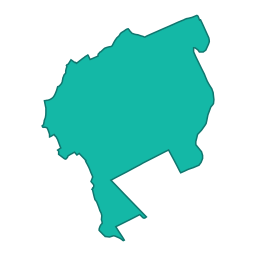 Cernica, Ilfov, Romania
{"feature_id": "2599482B48526584820869", "entity_name": "Cernica", "entity_type": "district", "adm_level": 2, "iso_a3": "ROU", "parent_name": "Romania", "parent_adm1": "Ilfov", "projection": "orthographic", "projection_center": [26.324, 44.406], "detail": "fine", "context": "isolated", "style": "filled", "palette": "teal", "viewbox_px": 256, "rotation_deg": 0, "n_neighbors": 0, "source": "geoboundaries", "source_scale": "gbopen_adm2", "svg_char_len": 3942}
<svg xmlns="http://www.w3.org/2000/svg" viewBox="0 0 256 256"><path d="M212.9,104.5L213.5,103.5L213.9,99.7L213.1,92.5L212.2,90.0L211.8,88.8L209.5,85.2L208.5,83.5L207.2,81.1L205.4,76.8L204.3,74.0L201.5,68.5L195.8,56.8L193.6,51.8L193.6,47.8L195.2,47.9L197.9,49.9L199.4,52.0L203.2,52.0L205.8,50.1L208.5,44.1L209.3,41.7L209.2,40.0L208.8,37.9L205.5,30.6L202.2,23.3L200.5,19.8L199.6,20.1L198.7,17.9L198.0,16.2L197.7,15.9L196.9,15.4L195.4,16.0L194.0,16.6L193.7,16.7L192.0,17.4L188.0,18.4L187.0,18.5L186.1,18.8L184.4,19.5L183.6,20.0L182.7,20.3L180.5,21.2L180.1,21.4L179.0,21.8L175.6,23.3L174.1,24.0L163.8,28.5L149.5,34.8L146.8,36.0L145.7,36.6L145.1,37.0L144.6,37.1L143.5,36.6L142.6,36.3L141.1,35.9L140.3,35.6L139.5,35.4L138.9,35.1L137.5,34.7L136.5,34.6L134.9,34.3L133.7,33.9L132.6,33.5L132.0,33.3L130.9,32.1L129.8,30.9L129.1,29.8L128.5,29.2L128.2,28.8L127.2,29.0L126.8,29.2L126.0,29.6L124.2,30.9L121.3,32.7L120.3,33.7L119.4,35.3L118.8,36.1L118.1,36.7L117.5,37.3L116.7,38.0L116.1,38.9L115.1,40.3L113.9,42.4L112.2,45.7L111.4,46.4L111.1,46.5L109.2,46.8L106.9,47.4L106.2,47.7L105.1,48.0L104.2,48.6L103.0,49.7L100.9,51.7L100.2,52.0L99.9,52.2L99.6,52.5L99.1,53.3L98.3,54.0L98.2,54.3L98.0,55.2L98.0,56.1L97.1,56.5L90.1,59.5L88.5,56.1L88.1,55.2L87.8,55.0L87.6,55.2L85.2,56.6L84.4,57.3L82.4,58.7L76.5,63.3L76.0,62.7L75.5,62.4L75.1,62.7L73.8,61.8L71.0,59.8L68.3,64.1L68.0,64.3L67.6,64.4L66.8,64.9L66.4,65.5L66.6,66.0L66.8,66.2L66.9,66.6L66.2,68.6L66.0,69.4L65.7,71.0L65.7,73.0L65.5,73.3L64.1,74.9L63.8,75.7L63.5,76.6L63.0,77.6L62.8,78.5L62.7,79.3L62.4,80.6L62.4,81.3L62.1,82.1L61.6,83.3L60.7,84.5L59.9,85.4L59.1,86.1L58.4,86.6L58.1,86.7L57.7,86.7L57.6,86.9L56.5,90.7L55.6,92.9L55.0,94.3L54.3,95.6L53.8,96.4L53.2,97.2L52.5,97.9L51.2,98.8L50.0,99.5L48.1,100.2L46.9,100.3L45.4,100.6L44.7,100.7L44.4,100.7L44.4,100.8L45.1,104.2L45.4,105.8L45.9,108.1L45.9,110.8L45.9,112.3L45.8,114.8L45.4,117.5L44.9,118.9L44.3,120.4L44.1,121.8L43.5,124.7L42.1,125.9L42.3,126.3L42.5,126.8L42.8,127.2L43.4,127.3L44.1,127.3L45.0,127.2L46.6,127.7L47.2,128.1L47.9,129.6L48.9,132.3L49.5,134.2L49.6,136.9L50.6,136.5L54.1,134.5L54.9,135.6L55.1,136.0L56.1,136.8L56.8,138.1L57.6,139.5L59.1,143.6L59.9,145.8L60.8,148.0L57.6,150.1L58.4,150.9L58.7,151.5L58.6,154.3L64.4,158.7L65.4,159.1L65.8,159.0L66.2,158.8L67.3,157.5L67.6,157.0L68.0,155.9L69.7,154.8L71.1,154.0L71.6,153.8L72.0,153.6L72.8,153.1L73.2,152.9L73.7,152.6L74.1,152.4L74.5,152.2L76.9,155.0L77.6,154.5L78.5,153.9L78.9,153.6L79.2,153.4L80.0,154.3L83.1,157.5L84.5,159.0L85.9,160.4L85.5,160.8L86.0,161.9L86.5,162.9L87.4,164.5L88.4,166.5L88.8,167.3L89.3,168.4L89.6,169.2L90.1,170.4L90.8,172.3L92.0,175.0L92.7,176.9L92.0,178.9L91.0,181.5L91.6,182.3L92.5,183.3L93.7,184.9L93.8,185.7L93.6,186.9L93.3,188.0L92.7,187.9L92.0,189.4L92.5,189.6L93.5,194.0L94.3,197.3L95.0,199.7L96.2,201.1L96.8,202.1L98.7,207.0L99.9,210.6L100.6,212.0L101.2,213.2L101.8,215.7L101.6,217.7L101.4,219.7L102.0,221.5L102.2,223.3L101.4,224.2L100.6,225.2L99.8,226.9L99.2,228.7L99.1,229.6L99.1,230.3L100.0,231.3L101.9,233.2L102.7,234.1L104.3,235.6L104.9,236.2L105.1,236.5L106.2,236.6L109.6,237.0L113.4,235.8L114.3,235.9L115.3,236.2L118.8,237.7L120.2,238.4L121.9,239.6L122.8,240.4L123.2,240.6L123.5,240.6L124.3,240.1L123.1,238.1L122.1,236.5L118.8,231.5L115.8,226.7L131.6,218.8L139.2,214.9L139.7,214.6L139.8,214.6L142.5,217.3L143.2,217.9L143.9,218.1L144.2,218.1L144.9,218.0L146.4,216.9L130.0,200.0L123.6,193.4L115.1,184.5L110.9,180.2L111.8,179.8L113.3,178.9L115.7,177.6L126.5,172.0L133.5,168.2L138.0,165.8L139.4,165.1L143.2,162.9L153.6,157.6L165.3,151.6L168.6,150.0L170.4,153.4L174.0,160.1L177.1,166.0L179.7,171.1L180.7,172.8L184.5,171.1L188.1,169.4L190.9,168.4L193.1,167.7L199.0,165.2L200.4,163.3L201.1,162.3L202.6,158.5L202.6,155.4L201.5,151.7L195.9,144.8L195.8,143.5L195.8,141.6L196.9,137.3L197.3,135.5L197.6,134.4L201.5,130.2L204.8,125.6L206.1,123.5L206.8,120.4L207.9,114.9L210.8,107.0L212.8,104.6L212.9,104.5Z" fill="#14b8a6" stroke="#0f766e" stroke-width="1.5"/></svg>